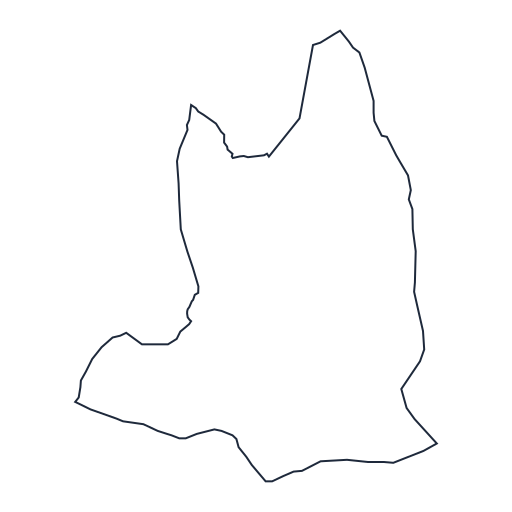 Kontagora, Niger, Nigeria
{"feature_id": "59680162B51611927546147", "entity_name": "Kontagora", "entity_type": "district", "adm_level": 2, "iso_a3": "NGA", "parent_name": "Nigeria", "parent_adm1": "Niger", "projection": "equal_earth", "projection_center": [5.445, 10.449], "detail": "fine", "context": "isolated", "style": "outline", "palette": "slate", "viewbox_px": 512, "rotation_deg": 0, "n_neighbors": 0, "source": "geoboundaries", "source_scale": "gbopen_adm2", "svg_char_len": 1575}
<svg xmlns="http://www.w3.org/2000/svg" viewBox="0 0 512 512"><path d="M75.2,401.9L90.5,409.4L116.5,418.6L123.0,421.3L143.4,424.2L157.7,430.9L167.0,433.9L171.5,435.3L179.2,438.3L185.8,438.3L196.8,433.9L214.4,429.4L221.5,430.9L232.5,435.3L236.4,439.0L238.6,447.2L241.4,450.7L246.3,456.8L251.8,465.0L261.2,476.1L265.6,481.3L272.2,481.3L283.2,476.1L293.6,471.6L300.3,471.0L301.9,470.9L320.6,461.3L347.0,459.8L368.0,462.0L383.9,462.0L393.3,462.8L423.5,450.9L436.8,443.5L414.6,419.1L406.6,408.0L401.3,389.0L420.0,361.3L424.2,349.5L423.0,331.0L417.2,305.6L414.1,291.8L414.9,282.6L415.7,251.2L412.8,229.3L412.4,209.1L408.8,199.4L410.8,190.2L410.6,189.0L408.0,175.4L399.8,161.5L396.2,155.3L386.9,136.8L381.7,135.7L374.4,121.0L373.6,112.8L373.6,100.9L364.7,67.7L359.4,52.5L353.0,47.6L348.9,41.6L340.1,30.7L334.4,34.0L320.3,42.7L313.0,45.0L299.5,118.4L268.9,156.6L267.0,153.7L264.0,155.3L247.9,157.2L243.8,156.0L239.9,156.4L232.8,158.0L231.8,156.5L232.5,153.8L227.6,149.6L227.1,146.6L224.1,142.6L224.2,134.7L221.1,131.7L216.0,123.6L203.7,114.9L198.2,111.5L195.8,108.1L191.1,105.0L189.2,120.0L186.9,125.0L187.5,129.9L179.7,148.7L177.0,161.2L178.6,183.5L179.2,200.5L180.8,229.4L184.0,240.2L187.4,251.6L192.9,267.9L198.4,286.4L198.2,292.9L194.8,294.8L193.1,299.9L191.8,301.3L189.4,306.9L187.7,309.3L187.2,311.2L187.1,313.6L187.7,317.3L189.4,319.6L191.1,321.2L189.1,324.2L180.3,331.6L176.7,338.9L168.0,344.3L141.9,344.3L126.2,332.8L120.2,335.7L112.6,337.5L101.6,347.2L92.2,359.0L85.9,371.6L80.9,380.5L80.4,387.2L78.7,397.5L75.2,401.9Z" fill="none" stroke="#1e293b" stroke-width="2"/></svg>